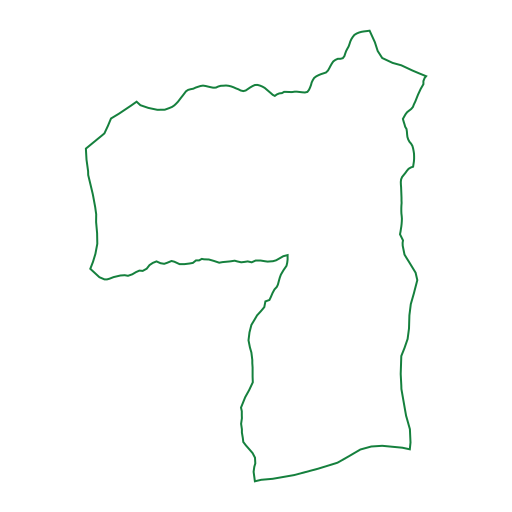 the district of Gozhi, Daga, Bhutan
{"feature_id": "84629894B53635199358843", "entity_name": "Gozhi", "entity_type": "district", "adm_level": 2, "iso_a3": "BTN", "parent_name": "Bhutan", "parent_adm1": "Daga", "projection": "mercator", "projection_center": [89.936, 26.937], "detail": "fine", "context": "isolated", "style": "outline", "palette": "green", "viewbox_px": 512, "rotation_deg": 0, "n_neighbors": 0, "source": "geoboundaries", "source_scale": "gbopen_adm2", "svg_char_len": 3988}
<svg xmlns="http://www.w3.org/2000/svg" viewBox="0 0 512 512"><path d="M254.9,481.3L261.2,479.8L272.7,478.8L294.0,475.1L318.1,468.7L337.5,462.7L347.4,457.1L360.4,449.5L371.3,446.5L382.2,445.8L402.3,447.7L409.8,449.3L410.5,442.5L409.9,429.2L406.8,418.2L406.1,415.8L405.1,410.2L403.9,403.3L401.4,389.0L401.3,385.4L400.7,374.0L401.3,356.0L404.5,348.0L407.6,339.0L409.0,328.5L409.4,315.3L410.8,304.1L413.9,293.3L414.6,290.5L416.2,284.4L417.3,280.1L415.6,272.7L408.7,261.4L406.8,258.4L404.5,254.6L402.7,245.7L402.6,242.9L403.0,240.4L400.0,234.3L400.5,231.7L400.9,229.1L401.3,226.6L401.6,224.0L401.8,221.3L401.9,218.7L401.7,216.1L401.4,213.5L401.3,210.9L401.3,208.2L401.4,205.6L401.6,203.0L401.5,200.4L401.5,197.8L401.4,195.1L401.3,192.5L401.2,189.9L401.1,187.3L400.9,184.7L400.8,182.0L401.1,179.4L402.1,177.0L403.7,175.0L405.4,172.9L406.9,170.8L408.6,168.8L410.8,167.5L413.1,166.7L413.5,164.1L413.9,161.5L414.1,158.9L414.1,156.2L414.0,153.6L413.6,151.0L413.1,148.4L412.4,145.9L411.1,143.7L409.4,141.7L408.2,139.4L407.4,136.9L407.1,134.3L406.9,131.6L406.5,129.0L405.2,126.8L404.5,124.3L403.7,121.8L402.9,118.9L404.2,116.6L405.5,114.3L407.1,112.2L409.1,110.6L411.2,109.0L412.9,107.0L413.9,104.4L415.3,101.5L418.0,94.7L420.7,88.9L423.4,84.2L423.4,81.1L424.6,78.0L426.1,76.2L419.0,73.3L412.4,70.5L401.3,65.3L392.6,62.9L382.2,58.0L377.7,51.0L374.9,42.3L369.6,30.7L366.7,31.1L364.1,31.4L361.6,31.8L359.1,32.5L356.7,33.5L354.4,34.9L352.8,36.9L351.4,39.1L350.3,41.5L349.5,44.0L348.6,46.5L347.3,48.8L346.1,51.1L345.2,53.6L344.4,56.1L342.8,58.2L340.4,58.8L337.8,58.8L335.4,59.9L333.3,61.4L331.8,63.6L330.5,65.9L329.3,68.2L328.0,70.5L326.0,72.5L323.6,73.3L321.1,74.1L318.7,75.1L316.3,76.3L314.2,77.9L312.8,80.1L311.7,82.4L311.0,85.0L310.1,87.4L309.0,89.8L307.4,91.9L304.9,92.5L302.3,92.3L299.7,92.0L297.1,91.7L294.5,91.7L291.9,92.1L289.3,92.0L286.6,91.9L284.0,91.9L282.0,93.1L279.3,93.4L276.9,94.4L274.8,95.9L272.7,94.8L270.8,93.1L268.8,91.4L266.8,89.7L264.7,87.9L262.4,86.6L260.0,85.6L257.5,84.9L254.9,85.0L252.5,86.1L250.1,87.5L247.9,89.0L245.7,90.5L243.3,91.1L240.7,90.5L238.4,89.3L236.0,88.4L233.6,87.3L231.1,86.4L228.6,85.8L226.0,85.5L223.4,85.7L220.8,85.8L218.3,86.5L215.9,87.6L213.2,87.7L210.7,87.2L208.1,86.6L205.6,86.0L203.0,85.6L200.5,86.0L198.0,86.8L195.6,87.6L193.3,88.7L190.7,89.2L188.1,89.9L186.0,91.3L184.4,93.4L182.8,95.5L181.2,97.5L179.6,99.6L178.0,101.7L176.2,103.6L174.3,105.4L172.1,106.9L169.7,107.9L167.3,108.8L164.8,109.7L157.3,109.8L148.3,107.9L140.4,105.2L136.6,101.7L131.2,105.5L119.1,113.6L111.0,118.5L108.0,125.7L104.4,133.4L102.4,135.1L98.1,138.6L88.0,146.9L85.9,148.6L86.0,150.8L86.5,159.6L88.1,171.2L88.2,175.0L91.2,187.5L92.7,193.8L93.2,196.3L95.2,207.2L96.2,214.3L96.1,222.0L97.1,233.2L97.3,243.8L95.4,253.9L93.0,261.8L90.3,268.8L99.4,277.2L104.5,279.4L107.0,279.4L109.5,278.7L113.6,277.1L120.4,275.5L124.7,275.2L128.0,275.8L132.3,274.3L136.0,272.1L139.4,270.6L142.7,270.9L146.7,268.7L149.5,265.1L152.8,262.9L156.5,261.4L160.5,263.2L164.2,263.8L166.9,262.9L171.5,261.0L174.3,261.7L179.5,264.1L184.7,264.1L189.6,263.5L192.9,262.9L196.0,260.4L199.1,260.4L201.8,258.9L203.9,259.3L208.9,259.5L213.8,260.9L219.2,262.7L222.6,262.1L230.0,261.4L234.7,260.7L237.2,261.4L241.2,262.3L244.6,261.9L247.7,261.4L251.7,262.3L255.7,260.5L258.2,260.5L260.4,260.5L264.7,261.2L267.6,261.6L273.0,261.2L276.1,260.3L278.6,258.9L283.3,256.2L287.6,255.1L287.6,259.5L287.2,262.8L286.5,265.8L285.0,268.0L283.6,270.0L280.9,274.6L279.8,277.6L278.9,280.8L277.9,284.6L276.8,286.9L274.5,289.4L272.6,292.9L270.8,297.1L269.4,300.0L267.4,300.7L265.4,301.4L264.3,307.1L260.7,311.4L257.1,315.3L254.7,319.4L251.4,324.9L249.5,332.3L248.5,340.3L249.9,347.3L251.4,352.6L252.3,360.0L252.3,363.2L252.6,367.5L252.6,376.6L252.8,382.3L249.2,390.0L245.2,397.2L241.0,407.6L241.8,411.2L241.8,415.3L241.9,418.2L241.1,423.8L241.9,429.3L241.9,432.6L242.8,437.9L243.3,442.0L245.9,445.4L249.5,449.5L252.6,453.1L255.0,457.7L255.3,463.4L254.3,466.8L253.6,471.8L254.9,481.3Z" fill="none" stroke="#15803d" stroke-width="2"/></svg>